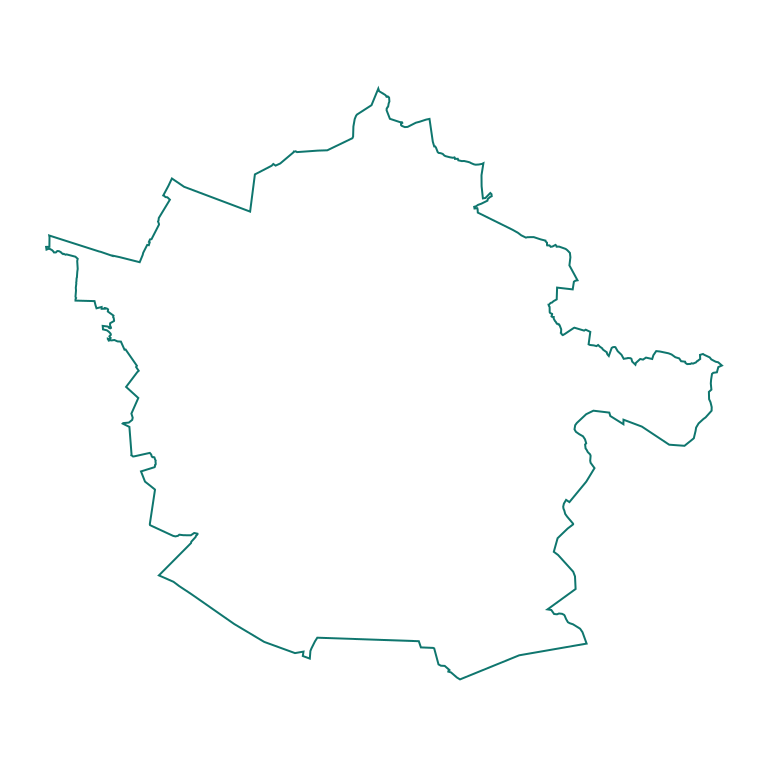 the district of Tierra Blanca, Guanajuato, Mexico
{"feature_id": "50627088B54720368473271", "entity_name": "Tierra Blanca", "entity_type": "district", "adm_level": 2, "iso_a3": "MEX", "parent_name": "Mexico", "parent_adm1": "Guanajuato", "projection": "orthographic", "projection_center": [-100.168, 21.039], "detail": "fine", "context": "isolated", "style": "outline", "palette": "teal", "viewbox_px": 768, "rotation_deg": 0, "n_neighbors": 0, "source": "geoboundaries", "source_scale": "gbopen_adm2", "svg_char_len": 6073}
<svg xmlns="http://www.w3.org/2000/svg" viewBox="0 0 768 768"><path d="M46.5,249.6L48.5,248.8L50.0,249.0L52.0,250.1L53.5,251.6L53.9,252.4L55.2,252.5L56.1,252.3L56.9,251.3L57.7,251.0L59.0,251.2L60.6,252.0L61.5,252.8L61.6,253.1L63.1,254.1L63.7,253.8L65.6,254.7L66.6,254.4L75.4,256.7L77.7,258.8L77.2,261.0L77.7,268.9L77.3,271.7L76.9,277.5L76.6,278.1L76.4,281.7L76.2,282.2L76.3,283.7L75.8,287.7L76.0,290.5L75.5,296.6L75.8,297.7L76.1,298.0L75.5,299.2L75.5,300.6L94.5,301.1L95.5,305.2L96.5,308.3L101.6,307.0L101.6,308.8L105.0,308.7L104.9,308.0L105.0,308.0L107.0,308.6L108.1,309.4L107.8,311.5L113.5,315.6L113.1,317.0L113.7,318.0L114.1,320.6L114.0,321.0L110.2,323.2L110.0,324.1L110.2,326.0L110.8,327.1L111.0,327.9L110.4,328.3L109.3,328.1L108.8,327.5L108.7,327.0L107.5,326.5L102.7,325.9L103.0,329.4L106.9,330.3L109.0,331.9L110.4,333.4L110.8,334.2L110.8,334.9L109.4,336.3L110.1,337.6L110.6,338.0L109.9,338.9L109.4,339.0L108.5,339.0L107.8,338.7L107.8,339.0L108.2,339.4L108.7,340.6L110.6,340.2L111.6,340.4L114.4,340.0L117.5,341.4L120.9,341.6L124.5,349.7L125.6,349.5L136.9,365.8L136.1,367.0L138.7,370.8L137.3,372.1L126.1,386.9L138.3,398.0L131.4,413.6L132.7,417.7L132.2,419.9L128.8,422.6L123.2,423.1L122.7,423.6L129.4,426.9L131.5,454.0L131.3,455.3L132.1,455.6L132.7,456.3L133.1,456.5L134.5,456.3L149.8,452.9L151.2,454.5L151.7,456.3L152.4,457.1L152.5,457.2L153.6,457.1L154.4,457.4L155.1,459.6L155.7,460.5L155.5,461.5L155.7,463.5L155.6,464.6L155.0,465.0L154.9,466.7L154.5,467.2L141.0,471.4L145.0,481.6L154.8,489.4L155.0,489.7L149.8,524.2L150.1,525.2L173.2,535.9L175.5,536.4L178.0,535.8L179.3,534.7L183.4,535.2L190.8,535.3L194.2,533.0L197.5,533.7L197.6,534.0L197.0,534.9L195.9,536.0L195.6,537.0L191.3,541.7L191.0,543.1L158.9,575.4L173.5,581.8L179.2,586.1L191.6,594.3L234.2,624.0L264.2,641.9L295.0,653.1L303.5,651.6L302.8,656.0L309.8,658.6L310.4,651.0L311.4,648.5L315.0,641.3L317.3,637.7L418.8,641.2L420.9,647.4L433.1,647.9L434.2,648.4L438.5,664.4L440.9,665.7L444.7,665.9L449.4,670.0L448.6,670.6L448.3,671.6L451.0,672.4L456.9,677.5L460.0,679.4L519.2,655.3L586.6,643.6L582.5,632.2L580.1,628.7L573.0,624.3L569.7,623.2L567.9,622.2L566.1,619.1L564.6,615.5L564.0,614.8L562.0,613.8L559.0,613.5L557.0,614.3L554.1,614.0L551.3,610.0L547.5,609.4L575.6,589.0L575.0,576.4L573.2,571.7L558.1,555.0L553.8,551.8L557.6,538.2L567.7,528.5L573.1,524.4L573.1,523.7L567.1,516.6L565.2,513.9L564.3,510.5L563.5,508.7L563.2,506.7L563.9,503.6L566.1,499.9L569.4,502.1L586.3,481.6L594.5,468.1L590.6,462.8L590.2,460.7L590.6,455.8L590.1,454.4L587.8,452.1L586.5,449.6L585.6,448.5L585.1,444.5L586.2,443.3L585.0,439.3L583.0,436.3L579.3,434.2L575.9,431.8L574.5,429.3L575.2,425.2L576.8,423.0L586.2,414.2L593.4,410.7L609.3,412.6L610.3,416.0L623.4,424.2L623.5,419.7L641.9,426.6L669.2,444.7L684.5,445.8L693.8,438.3L695.6,430.8L696.1,427.6L698.6,423.4L703.4,419.0L705.6,417.4L711.6,410.7L711.7,407.1L710.5,402.2L709.1,399.2L708.9,391.9L711.4,389.6L710.8,383.5L711.1,379.6L712.0,373.9L713.3,372.8L716.9,372.3L718.3,367.1L721.9,365.5L718.2,362.3L715.6,361.7L711.3,359.4L709.7,357.4L704.2,354.8L703.0,354.0L700.0,354.9L700.2,359.0L698.1,360.5L697.8,360.9L697.1,361.1L696.0,362.4L693.0,363.6L691.5,363.3L690.6,363.9L687.2,364.1L685.5,363.0L685.1,361.7L681.1,361.2L679.2,358.4L675.3,357.2L671.6,354.5L668.5,353.3L659.9,351.5L656.2,351.1L653.4,355.2L652.2,359.0L646.0,357.6L643.0,359.6L640.2,359.0L635.9,362.9L635.4,364.7L632.2,361.6L631.4,358.8L630.5,358.2L627.8,358.0L627.5,358.2L623.7,358.8L621.5,354.8L617.7,351.2L615.4,347.2L614.4,347.0L612.9,347.2L611.7,347.9L608.8,356.0L607.5,354.5L607.0,353.5L606.8,352.3L603.5,350.0L602.7,349.3L602.3,348.4L599.5,346.4L599.1,345.9L598.1,345.0L596.5,346.1L593.8,345.4L590.1,345.0L588.6,344.3L590.3,331.9L585.7,329.7L584.1,330.6L574.4,327.7L573.7,328.0L564.6,334.1L562.8,335.1L562.3,334.8L561.5,333.9L561.4,333.3L560.8,332.9L561.1,331.6L561.2,329.3L559.6,325.2L558.9,324.3L558.4,324.5L557.8,323.8L557.0,323.8L556.7,323.5L555.9,322.0L555.0,321.0L553.7,318.6L553.7,317.0L552.8,317.0L552.0,316.8L551.5,316.4L552.1,314.6L552.1,313.9L550.3,313.1L549.7,312.2L549.6,307.2L549.5,306.7L548.9,305.9L548.6,304.8L549.0,304.8L549.8,303.7L550.9,302.8L551.9,302.6L553.6,301.1L556.7,299.4L557.1,287.6L572.7,289.4L573.9,281.7L575.4,280.7L577.5,280.3L569.4,265.4L570.4,257.3L569.9,252.9L567.2,250.1L565.6,248.9L559.1,246.6L556.6,246.7L556.3,245.7L555.5,244.9L552.5,246.5L550.7,246.8L549.5,245.4L547.2,245.4L547.0,244.9L547.0,242.7L545.6,241.4L545.5,240.6L540.7,239.4L533.7,237.1L527.4,237.2L525.9,237.6L521.2,235.3L518.1,232.9L512.6,229.8L477.8,212.6L477.6,209.2L477.3,208.2L474.5,208.5L474.2,206.8L476.2,206.2L478.0,204.9L481.3,203.7L487.4,200.7L487.8,199.0L490.1,197.0L491.7,196.2L491.5,194.2L490.3,193.0L485.4,198.0L482.9,198.4L481.6,186.2L481.5,175.2L483.4,163.2L482.0,163.9L478.8,164.5L475.6,164.7L473.8,164.3L470.8,163.0L469.8,162.4L468.1,161.9L464.1,161.0L461.9,161.1L458.3,160.3L457.8,158.8L455.0,158.9L454.9,158.0L454.5,157.4L453.0,157.8L450.0,157.3L445.7,156.2L444.4,155.6L442.7,153.9L440.7,153.2L438.6,152.9L437.7,152.1L436.0,147.7L435.1,146.4L434.2,146.4L432.8,141.7L429.5,118.9L426.1,119.6L419.4,121.8L415.9,122.7L407.6,126.9L404.8,127.1L401.7,125.8L401.1,125.2L401.0,123.9L402.3,122.9L402.0,122.3L399.9,122.1L389.9,118.8L386.6,110.3L386.7,108.5L387.1,108.1L387.3,107.4L388.1,106.7L388.7,103.3L389.4,101.5L389.1,97.7L388.4,96.8L387.9,96.5L387.6,96.4L387.1,96.9L386.5,96.8L386.0,95.7L385.2,94.9L379.1,91.2L378.3,88.6L371.5,105.2L356.9,114.6L356.0,115.9L354.7,119.1L353.4,126.5L353.1,136.6L352.4,138.2L327.3,150.3L318.0,150.6L297.0,152.1L295.7,151.3L294.7,151.6L293.8,151.5L293.5,152.3L280.2,163.5L275.6,165.6L273.3,164.0L271.7,165.7L254.9,174.4L250.1,211.6L184.1,186.8L171.9,178.5L168.4,185.9L163.3,195.4L164.1,195.6L164.3,196.1L165.6,197.1L167.4,197.3L169.9,199.7L158.8,218.0L158.5,220.6L158.0,221.4L158.9,223.7L159.0,224.6L151.5,239.2L150.0,239.4L148.9,241.9L149.7,242.3L148.8,245.2L147.2,244.9L143.2,252.8L142.7,254.9L139.7,262.2L119.5,257.1L112.5,255.6L112.5,255.9L100.6,251.8L99.2,251.5L49.2,235.5L49.5,237.2L49.4,246.8L46.1,246.9L46.5,249.6Z" fill="none" stroke="#0f766e" stroke-width="2"/></svg>